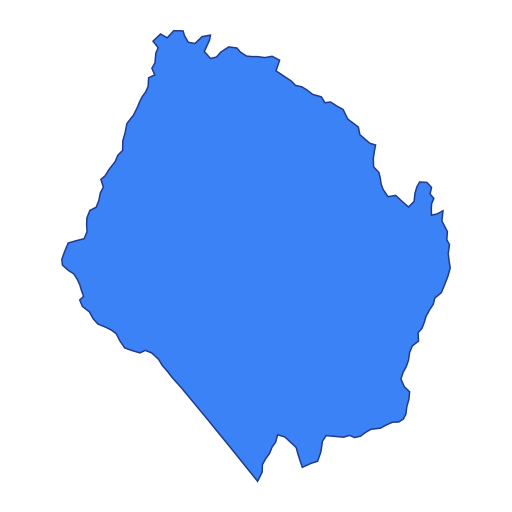 the district of Rinópolis, São Paulo, Brazil
{"feature_id": "56859067B4040247009846", "entity_name": "Rinópolis", "entity_type": "district", "adm_level": 2, "iso_a3": "BRA", "parent_name": "Brazil", "parent_adm1": "São Paulo", "projection": "albers", "projection_center": [-50.712, -21.682], "detail": "fine", "context": "isolated", "style": "filled", "palette": "blue", "viewbox_px": 512, "rotation_deg": 0, "n_neighbors": 0, "source": "geoboundaries", "source_scale": "gbopen_adm2", "svg_char_len": 2336}
<svg xmlns="http://www.w3.org/2000/svg" viewBox="0 0 512 512"><path d="M443.0,210.8L437.1,213.9L431.5,215.2L431.3,209.2L431.6,203.8L433.8,198.4L430.1,194.0L431.5,187.4L426.9,182.4L419.6,182.0L416.9,186.8L415.0,193.1L414.1,201.4L408.5,207.0L402.4,201.7L395.7,195.4L388.0,196.7L383.1,189.4L381.2,184.3L380.3,178.2L378.9,172.5L373.6,166.8L373.3,158.2L374.5,150.7L375.6,145.0L369.7,143.2L364.5,138.7L359.8,134.6L358.4,127.1L347.8,119.1L343.1,109.5L336.4,105.8L330.6,102.0L324.9,102.7L321.4,96.9L312.5,94.3L306.7,89.8L301.8,86.8L295.5,85.4L291.5,81.2L282.1,74.9L276.0,70.9L279.6,60.2L272.1,56.3L264.9,57.6L257.4,56.6L252.1,56.6L246.6,56.1L240.4,52.1L236.9,48.0L228.7,46.9L220.7,52.1L216.6,57.0L210.5,58.5L204.3,51.5L209.4,40.5L210.5,35.1L202.1,36.6L195.0,43.5L188.3,42.3L184.7,36.1L183.0,30.9L173.8,30.7L167.2,37.8L160.5,34.0L153.0,41.2L158.2,47.7L155.8,53.1L155.0,62.7L151.9,68.3L154.7,74.9L148.6,77.8L148.1,86.5L145.5,92.2L142.2,96.7L139.5,102.0L137.5,107.1L133.4,115.2L126.9,123.5L125.1,132.7L122.8,140.9L122.6,150.4L117.9,155.2L115.1,161.7L109.0,169.5L105.1,175.8L100.9,179.4L103.4,187.1L100.4,192.7L98.8,200.5L96.2,207.2L89.9,210.4L86.9,217.9L86.6,225.3L87.1,231.6L84.1,238.7L75.8,240.8L68.2,243.0L64.6,251.6L61.8,259.4L62.4,265.1L68.3,270.4L73.8,273.9L77.1,279.0L79.7,284.5L81.5,290.6L83.6,296.3L79.7,300.0L82.5,306.5L89.4,311.9L93.3,319.0L98.0,324.1L105.2,327.0L110.9,329.8L116.2,333.6L119.9,340.9L124.7,347.9L131.5,350.4L139.9,352.9L145.2,350.4L151.6,352.9L158.5,359.2L162.3,365.5L167.3,371.2L171.8,377.1L181.7,388.2L207.2,419.0L212.2,425.2L230.5,447.6L257.6,481.3L262.2,472.0L262.4,464.7L265.4,459.2L269.6,453.3L272.1,447.0L275.7,442.0L277.6,434.8L284.8,436.9L290.3,442.0L296.2,447.6L297.8,453.6L299.8,459.9L302.3,467.3L310.9,463.4L317.6,461.3L320.8,452.1L322.5,441.1L326.1,435.6L343.6,437.2L349.6,435.4L354.6,437.5L360.5,436.2L365.4,432.5L370.8,429.3L380.4,428.2L386.0,425.1L392.4,422.2L398.7,422.0L403.4,419.0L405.9,414.2L406.8,406.8L408.9,399.3L409.6,391.8L404.3,386.7L400.9,379.0L403.2,372.1L406.2,366.8L408.5,360.2L409.6,352.4L412.3,345.9L418.5,341.1L418.1,332.7L422.0,328.3L424.3,322.3L425.9,316.7L429.6,309.8L433.2,304.4L434.8,298.1L441.3,292.7L444.7,284.5L447.9,276.3L450.2,268.0L449.3,262.3L448.2,253.7L449.5,244.7L446.8,239.7L447.4,231.6L441.9,220.9L443.0,210.8Z" fill="#3b82f6" stroke="#1e3a8a" stroke-width="1.5"/></svg>